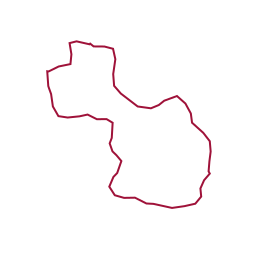 the district of Tomelilla, Skåne, Sweden, rotated 314°
{"feature_id": "70781695B70463852837114", "entity_name": "Tomelilla", "entity_type": "district", "adm_level": 2, "iso_a3": "SWE", "parent_name": "Sweden", "parent_adm1": "Skåne", "projection": "albers", "projection_center": [14.031, 55.651], "detail": "fine", "context": "isolated", "style": "outline", "palette": "rose", "viewbox_px": 256, "rotation_deg": 314, "n_neighbors": 0, "source": "geoboundaries", "source_scale": "gbopen_adm2", "svg_char_len": 870}
<svg xmlns="http://www.w3.org/2000/svg" viewBox="0 0 256 256"><g transform="rotate(314 128 128)"><path d="M112.7,30.5L102.8,41.5L101.8,43.4L99.0,49.1L91.3,59.0L88.2,69.7L93.6,77.3L102.7,85.0L109.6,89.6L112.7,99.5L119.5,106.4L121.1,113.3L109.6,123.2L104.2,125.5L100.4,133.1L100.4,138.5L99.6,146.2L88.1,151.5L82.7,151.5L72.8,155.3L70.5,165.0L70.5,165.3L75.0,173.7L82.7,181.4L86.5,193.7L91.1,199.0L101.1,215.2L111.0,222.9L120.3,229.0L129.5,228.3L134.8,222.1L143.3,219.0L152.0,218.5L152.8,216.1L160.6,209.7L168.5,203.8L175.3,196.0L176.8,185.6L176.3,170.4L182.1,163.1L185.5,152.3L185.0,141.0L172.8,135.1L165.9,134.2L158.1,130.8L150.2,120.0L147.8,98.9L148.7,88.7L156.5,79.9L168.7,71.1L174.6,62.2L170.2,54.4L162.8,46.6L162.4,42.2L161.5,42.2L154.6,30.8L148.5,27.0L141.7,36.1L134.0,42.2L124.1,35.4L113.5,31.6L112.7,30.5Z" fill="none" stroke="#9f1239" stroke-width="2"/></g></svg>